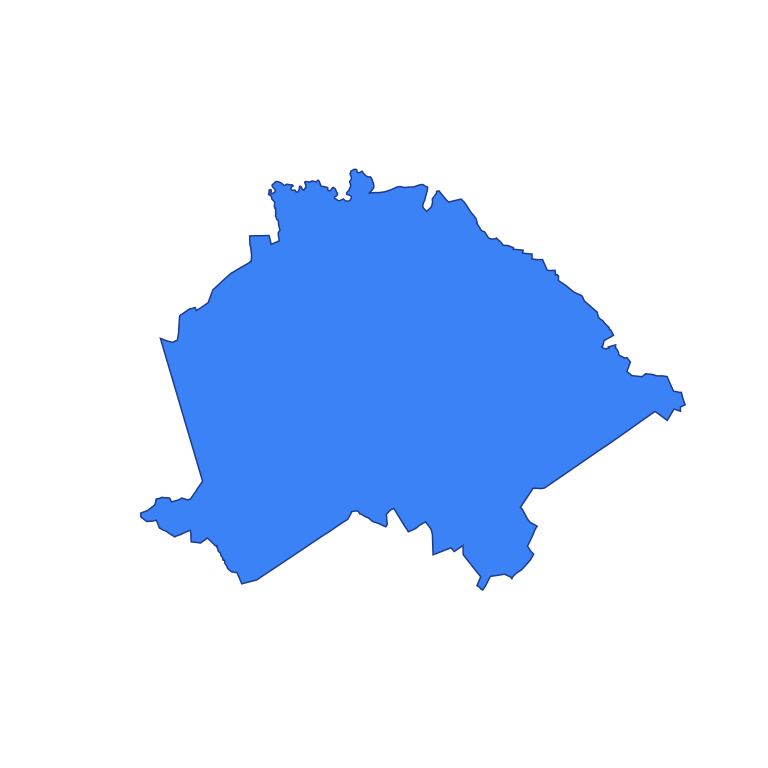 Lēdurgas pag., Krimuldas, Latvia, rotated 249°
{"feature_id": "27541924B26008576526358", "entity_name": "Lēdurgas pag.", "entity_type": "district", "adm_level": 2, "iso_a3": "LVA", "parent_name": "Latvia", "parent_adm1": "Krimuldas", "projection": "albers", "projection_center": [24.794, 57.324], "detail": "fine", "context": "isolated", "style": "filled", "palette": "blue", "viewbox_px": 768, "rotation_deg": 249, "n_neighbors": 0, "source": "geoboundaries", "source_scale": "gbopen_adm2", "svg_char_len": 6159}
<svg xmlns="http://www.w3.org/2000/svg" viewBox="0 0 768 768"><g transform="rotate(249 384 384)"><path d="M248.4,179.6L246.7,195.1L249.0,204.9L250.5,212.0L264.8,274.7L265.6,279.4L268.7,292.2L270.1,298.3L270.0,298.5L270.4,300.5L270.8,301.9L274.4,306.1L276.2,308.1L276.4,308.1L276.3,308.8L275.8,311.6L274.6,314.3L271.5,314.8L270.7,316.0L267.3,318.6L264.4,321.6L260.7,323.5L259.4,324.4L256.0,328.7L251.5,333.0L250.0,334.6L251.7,336.7L261.2,339.4L261.5,339.7L264.0,344.7L264.3,348.6L244.7,352.2L241.9,352.8L240.7,353.3L237.3,353.7L237.6,360.6L238.1,363.0L239.2,365.8L240.4,373.4L231.5,375.9L226.3,375.3L207.0,368.6L207.0,387.9L202.4,389.5L204.9,399.8L196.2,396.8L178.4,402.3L169.4,405.2L162.4,398.5L159.7,400.5L157.9,401.0L156.3,402.3L158.8,406.0L166.3,414.4L164.6,421.7L163.3,428.3L158.6,432.9L156.5,433.6L157.8,434.9L159.0,437.5L160.3,441.0L161.0,445.2L164.3,452.1L167.5,457.9L171.5,462.7L174.8,461.3L181.1,459.8L189.1,468.3L194.3,473.2L196.3,476.0L197.4,475.2L202.7,470.7L207.1,469.5L217.1,468.3L218.6,467.8L219.8,467.0L233.2,485.8L231.7,489.7L229.9,493.6L229.4,496.7L244.4,559.0L247.5,572.6L261.3,627.2L248.5,635.4L256.7,645.8L252.3,651.0L252.9,651.1L256.4,652.7L256.6,657.6L257.4,657.7L263.7,657.9L269.6,658.6L270.6,656.4L273.6,651.8L273.8,651.7L284.5,651.1L289.4,651.0L291.7,647.1L293.7,641.8L294.9,640.2L296.5,638.4L299.2,633.1L299.3,632.5L299.9,632.2L298.3,627.6L302.9,618.5L308.0,615.6L308.5,615.1L316.1,621.9L321.7,620.2L321.9,618.1L326.6,613.8L329.6,614.2L332.3,614.0L334.4,613.3L335.1,613.2L337.5,614.3L338.2,606.7L337.0,606.9L337.4,603.5L339.4,600.9L340.3,600.9L340.2,601.0L340.7,601.5L344.5,604.3L345.7,604.9L347.2,615.8L352.8,615.0L354.2,614.3L356.2,614.3L361.8,611.7L364.5,611.0L368.1,608.6L370.3,608.2L374.7,608.8L389.7,600.8L394.3,600.6L395.7,600.2L401.6,594.3L405.9,591.8L410.6,589.2L417.5,584.3L418.6,584.0L421.9,585.6L424.1,585.0L424.2,583.1L428.8,584.5L430.4,579.6L431.9,577.1L434.0,577.1L443.3,576.6L445.5,571.0L447.8,567.0L452.2,568.8L456.5,560.3L456.6,560.2L459.1,561.8L463.5,552.9L464.8,553.7L469.0,549.2L470.3,545.8L471.2,544.8L472.7,544.5L475.2,543.6L480.0,541.1L479.7,540.6L480.5,536.6L483.1,533.8L490.0,532.5L491.6,530.5L493.8,529.5L495.5,529.4L500.8,528.2L500.9,528.7L505.4,529.2L509.3,528.1L512.8,526.8L524.4,524.3L529.0,522.3L530.7,509.6L533.3,508.3L544.6,504.5L545.0,502.1L543.2,501.3L539.5,495.4L536.6,494.6L533.7,492.8L532.0,491.1L529.9,485.6L534.0,483.9L536.5,483.9L539.7,486.4L540.6,487.6L546.7,491.9L548.4,493.3L551.9,495.2L552.5,495.1L553.3,494.0L556.1,491.9L556.6,491.1L556.9,489.9L557.3,486.0L557.3,482.9L557.7,481.2L559.3,476.7L559.7,474.5L560.2,473.4L562.4,470.0L562.9,468.7L563.3,466.8L562.8,460.2L563.1,454.5L563.2,453.2L564.5,447.9L564.9,446.7L565.8,444.6L567.0,440.8L567.3,439.1L567.2,438.6L567.4,438.5L569.7,443.1L571.0,444.9L574.0,445.9L579.6,446.2L582.2,445.6L583.0,443.4L584.2,442.2L585.4,441.4L588.4,440.2L590.5,439.8L590.1,437.3L590.1,436.6L590.7,435.5L591.2,435.1L591.9,434.9L593.7,435.3L594.3,435.0L594.6,434.5L595.1,432.9L594.6,429.5L592.3,427.6L588.7,427.6L587.5,427.1L586.4,426.3L585.7,424.8L584.5,424.3L581.5,424.2L580.5,423.6L577.3,420.4L576.1,418.0L575.6,417.4L574.6,417.2L573.9,417.7L573.0,419.2L572.3,419.9L571.5,420.3L570.4,420.5L569.0,419.8L568.2,418.9L567.7,417.8L567.5,417.0L567.6,416.0L568.8,413.5L571.0,412.6L571.4,412.2L571.1,409.3L571.2,407.6L571.3,407.4L571.7,406.9L573.8,405.5L574.9,404.6L575.5,404.4L576.0,404.6L576.3,405.1L576.5,405.7L576.6,406.7L577.0,407.9L577.7,408.6L578.1,408.8L579.0,408.9L580.4,408.4L582.9,408.6L583.7,408.4L585.3,407.5L585.8,406.8L585.4,405.6L584.4,404.5L584.1,403.9L584.0,402.9L584.1,401.9L584.5,401.4L585.2,401.0L587.0,401.8L587.5,401.8L587.8,401.6L590.5,397.6L590.8,396.6L591.1,396.2L596.9,396.1L597.7,395.6L597.9,394.9L597.6,394.3L597.1,393.6L597.0,393.0L598.7,390.8L599.2,389.9L599.3,388.4L599.2,388.4L599.1,386.9L600.3,385.2L600.9,383.8L601.1,382.8L600.9,382.4L600.5,382.2L597.9,382.2L595.9,381.9L595.5,381.6L594.6,379.4L593.7,378.7L593.8,378.3L594.5,377.7L595.1,377.5L598.1,377.3L598.5,377.1L598.7,376.3L598.4,375.8L595.2,373.9L594.2,372.6L594.1,372.1L594.3,371.7L594.4,371.3L595.2,370.7L595.5,370.6L595.9,370.7L597.0,370.3L597.2,369.6L597.5,368.0L597.9,367.5L598.4,367.2L600.0,367.2L601.2,368.1L601.5,370.1L602.2,370.1L603.0,369.4L603.6,367.7L604.5,366.4L605.4,364.8L604.9,362.6L605.3,361.8L608.0,360.4L608.8,359.8L610.2,358.4L611.7,356.0L611.6,354.9L611.4,354.3L610.6,353.2L610.4,352.6L610.3,351.6L610.0,351.1L609.1,350.5L607.5,350.8L604.5,352.1L603.8,352.0L602.5,351.1L602.1,349.8L601.9,347.5L601.9,347.1L602.2,346.8L602.9,346.9L605.3,348.3L605.9,348.0L606.2,347.4L606.2,346.2L605.2,345.8L604.5,345.9L602.9,344.3L602.1,344.2L601.1,345.2L600.1,345.8L599.1,346.0L596.7,345.6L595.4,346.1L593.7,347.0L592.9,347.1L589.7,345.5L587.5,345.0L587.0,345.8L586.4,345.6L586.8,345.1L586.2,345.4L585.6,345.4L579.7,343.0L575.7,343.0L574.7,344.0L570.5,342.7L564.7,342.0L563.4,339.6L561.1,338.8L555.2,337.5L554.8,328.8L563.8,329.9L570.4,311.6L568.4,311.0L562.3,308.8L559.4,308.5L551.5,306.5L546.0,303.9L546.3,303.3L546.1,303.0L545.9,302.3L545.6,302.1L544.3,293.3L542.3,282.1L542.5,282.0L540.4,276.0L533.2,258.0L522.9,248.9L520.6,239.4L519.9,235.0L523.0,235.2L523.7,229.0L520.9,217.6L504.9,210.3L499.1,206.9L498.6,201.6L502.2,196.6L506.7,191.6L358.2,179.8L352.6,171.4L351.3,169.9L346.1,162.2L346.1,159.8L346.2,159.1L350.0,154.4L349.4,151.1L350.1,143.2L352.5,143.2L354.5,142.9L354.9,141.9L357.9,135.6L357.7,133.0L358.1,131.5L357.9,130.9L358.2,130.6L358.1,129.9L355.9,128.7L354.2,127.5L353.1,126.2L352.3,123.6L351.2,119.6L350.6,118.0L350.7,110.5L346.9,109.4L340.7,113.2L339.1,118.3L338.3,122.7L330.1,122.7L326.2,126.0L325.6,127.1L324.3,128.1L320.7,130.5L316.2,133.9L316.5,135.1L316.3,141.0L316.5,141.0L316.6,142.5L317.0,150.5L316.3,150.6L314.1,150.2L305.7,147.4L303.8,151.2L301.3,155.7L303.5,164.0L293.5,168.6L292.9,170.1L292.3,169.5L291.8,169.3L291.2,169.8L287.7,169.4L286.4,169.8L285.0,170.6L282.1,170.3L279.5,171.1L277.7,170.5L277.4,170.5L276.4,171.9L275.6,172.0L274.1,171.1L270.5,172.0L268.4,171.9L266.1,172.7L264.9,173.5L264.1,173.8L263.3,174.5L262.8,175.0L262.6,175.8L261.2,177.8L260.6,179.2L248.4,179.6Z" fill="#3b82f6" stroke="#1e3a8a" stroke-width="1.5"/></g></svg>